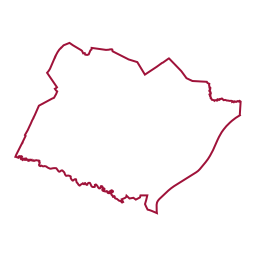 Dobeles pag., Dobele, Latvia
{"feature_id": "27541924B40989782476416", "entity_name": "Dobeles pag.", "entity_type": "district", "adm_level": 2, "iso_a3": "LVA", "parent_name": "Latvia", "parent_adm1": "Dobele", "projection": "albers", "projection_center": [23.259, 56.68], "detail": "fine", "context": "isolated", "style": "outline", "palette": "rose", "viewbox_px": 256, "rotation_deg": 0, "n_neighbors": 0, "source": "geoboundaries", "source_scale": "gbopen_adm2", "svg_char_len": 5523}
<svg xmlns="http://www.w3.org/2000/svg" viewBox="0 0 256 256"><path d="M169.0,58.4L168.8,58.4L162.9,62.6L161.9,63.0L156.7,66.8L144.9,74.6L137.3,62.1L128.5,59.4L127.6,58.9L112.6,51.3L112.3,49.7L111.5,49.5L111.5,49.3L109.9,49.4L108.8,49.7L106.0,49.9L91.6,47.9L91.5,49.5L90.4,50.4L88.7,54.4L87.3,54.9L86.2,54.8L85.2,54.6L84.7,53.1L83.2,53.4L82.1,51.0L81.2,50.2L73.0,45.3L69.5,42.9L63.6,45.3L61.0,48.0L60.9,47.9L60.1,48.8L59.3,49.6L57.6,52.1L55.7,55.6L55.8,55.6L55.0,57.5L54.9,57.4L50.0,68.8L48.6,71.0L47.1,72.8L57.0,87.3L56.2,88.0L54.9,88.8L56.1,90.5L57.2,91.4L56.1,94.1L54.0,97.8L52.1,98.6L38.9,105.7L34.7,115.3L33.5,117.6L33.6,117.8L32.2,120.3L31.3,122.4L30.2,124.9L30.1,125.0L27.7,130.2L24.9,135.1L25.6,135.9L22.2,142.9L22.4,143.0L22.0,143.6L21.9,143.5L16.2,154.8L15.4,156.8L16.4,157.0L17.5,157.5L17.9,157.3L18.3,157.6L18.6,157.1L18.6,156.5L18.8,156.4L18.9,156.5L19.1,156.9L19.5,156.2L19.8,156.1L20.1,156.2L20.1,156.6L20.6,156.8L20.9,156.7L21.2,156.3L21.3,156.2L21.8,156.4L22.0,156.6L21.9,156.8L21.0,157.0L20.7,157.4L20.8,158.1L21.0,158.5L20.9,159.0L21.2,159.3L22.3,159.5L22.7,160.0L23.0,159.8L23.1,159.5L22.8,159.1L22.8,158.7L23.9,158.7L24.4,159.4L24.4,159.7L24.6,159.8L24.9,159.9L25.0,159.9L25.0,159.7L24.8,158.9L24.8,158.7L25.0,158.6L25.6,158.5L25.6,158.9L25.7,159.0L26.2,158.9L26.4,159.7L26.6,159.9L27.1,159.9L27.1,159.7L26.7,159.5L26.8,159.3L27.6,159.5L28.0,159.6L28.1,159.8L28.5,160.1L28.5,160.8L29.4,160.6L29.7,159.8L30.0,159.6L30.4,159.7L30.6,159.9L31.0,160.0L30.9,160.2L31.1,160.3L31.7,159.9L31.9,160.4L32.3,160.5L32.9,160.7L33.4,160.3L33.6,160.3L33.7,160.7L33.8,160.8L34.6,160.8L35.4,160.4L36.2,160.2L38.2,160.6L38.8,160.5L39.4,160.8L39.5,161.1L39.1,161.7L39.1,162.0L39.7,162.6L39.5,163.6L39.1,164.5L39.0,164.9L39.3,165.6L40.0,166.0L40.4,166.1L41.0,165.6L41.3,165.6L42.8,166.3L43.7,166.3L44.7,166.1L45.5,166.3L46.5,166.6L47.1,167.2L48.3,167.9L49.9,168.6L50.8,168.7L52.6,168.3L54.3,168.1L56.1,168.2L56.5,168.5L58.3,171.0L59.0,171.6L59.3,171.7L60.1,171.4L61.3,170.5L62.1,170.4L62.5,170.6L64.1,172.2L64.5,172.9L65.0,174.5L66.1,175.8L66.6,175.8L67.6,175.6L68.7,175.6L70.1,176.1L70.7,176.5L70.7,178.0L70.8,178.2L71.0,178.6L71.7,179.7L72.5,180.5L72.9,180.6L73.9,179.8L74.8,179.3L75.3,179.5L75.8,179.2L76.0,179.3L76.1,179.5L76.1,180.2L76.7,182.4L77.7,183.4L78.4,184.6L79.4,185.5L79.8,185.5L80.8,184.6L82.2,183.8L82.8,183.3L83.4,183.6L83.6,184.1L84.1,184.2L84.4,184.0L84.6,183.4L84.8,183.2L85.1,183.1L86.0,184.3L86.5,184.8L87.2,184.7L87.3,184.7L87.5,183.9L87.8,183.4L88.9,182.8L89.8,182.9L90.1,183.2L91.5,186.2L92.2,186.8L92.8,187.0L94.3,187.0L94.8,186.8L94.9,186.5L94.9,185.2L94.9,184.9L95.1,184.8L95.8,184.5L96.1,184.6L96.6,185.1L97.5,186.2L98.2,187.5L98.6,187.9L99.0,188.3L99.4,188.4L100.0,188.3L100.2,188.1L100.6,187.5L100.7,186.6L100.9,186.2L101.3,186.1L102.3,186.4L102.5,186.8L102.3,187.5L104.3,188.6L104.5,188.9L104.4,189.4L104.2,189.7L103.9,189.8L103.5,189.7L102.9,189.4L102.5,189.4L102.3,189.5L102.3,189.9L102.5,190.4L103.3,191.0L103.8,191.1L104.3,191.0L104.8,191.4L105.5,191.5L106.3,191.1L106.7,191.1L107.2,191.3L107.5,191.5L107.6,191.8L107.4,192.4L107.6,192.7L108.2,193.1L109.1,193.2L109.6,193.1L109.8,192.8L109.8,192.5L109.6,191.8L109.6,191.5L110.1,191.1L110.8,190.8L111.4,190.3L111.8,190.3L112.9,191.1L113.0,191.5L112.7,192.0L112.0,192.1L111.8,192.3L111.2,193.6L111.2,194.0L111.7,195.0L112.3,195.3L112.6,195.6L112.7,196.4L113.0,196.9L113.4,196.9L114.0,196.3L114.4,196.2L114.7,196.6L114.7,197.2L114.9,197.9L115.3,198.4L116.9,198.9L119.1,200.7L120.3,201.0L121.9,200.9L122.0,201.2L121.9,201.4L121.6,201.8L121.5,202.0L121.8,202.4L122.2,202.5L123.1,202.0L121.7,199.3L124.9,198.0L126.1,197.1L126.5,196.7L126.3,196.5L126.5,195.7L129.5,198.5L133.4,197.8L135.8,199.6L140.0,197.4L140.5,195.4L147.3,195.4L146.2,200.0L145.0,204.1L146.1,206.6L147.6,209.6L149.5,210.1L151.5,210.8L156.9,213.1L156.7,211.6L156.6,204.9L157.0,202.6L157.6,201.3L158.6,199.9L159.5,198.9L168.3,190.6L171.2,188.2L174.0,186.2L196.2,172.3L198.1,170.9L199.8,169.2L205.6,162.2L208.0,159.0L210.0,155.8L213.0,150.2L217.6,139.8L219.0,136.9L221.6,132.3L223.6,129.5L226.4,126.1L229.8,122.7L231.8,120.9L235.7,117.9L240.0,115.2L239.8,114.8L240.6,102.0L240.0,102.1L239.8,101.8L239.9,101.6L239.9,101.1L239.8,100.9L239.5,100.8L239.0,101.2L238.4,101.5L238.2,101.4L238.0,101.1L237.3,101.1L236.7,101.7L236.3,101.9L235.8,101.9L235.5,101.6L235.1,101.6L234.6,101.3L234.3,101.3L234.0,102.1L233.9,102.2L233.6,101.9L233.3,101.7L232.5,101.9L232.7,101.4L232.5,101.2L232.1,101.0L231.1,100.8L229.6,100.9L227.7,100.5L226.7,100.5L226.1,100.2L225.0,99.9L223.7,100.2L223.4,100.0L222.4,98.8L221.9,98.5L221.2,98.7L221.0,99.0L220.7,99.1L219.9,99.0L219.6,99.5L219.1,99.4L218.8,99.4L218.8,99.5L218.9,99.9L218.7,99.9L218.4,99.7L217.9,99.9L217.5,99.7L217.4,99.4L217.2,99.5L217.1,99.8L216.8,100.0L216.5,100.3L216.6,100.5L216.2,100.5L215.9,100.2L214.8,100.2L214.5,100.4L214.3,100.7L213.9,100.3L212.8,99.9L212.2,99.9L211.8,99.7L211.6,99.4L211.3,98.5L210.7,98.2L210.7,97.9L210.8,97.7L210.7,97.5L210.8,97.2L210.7,97.1L210.1,96.3L210.4,95.6L210.4,95.1L210.1,94.8L209.7,95.0L209.6,94.8L209.7,94.6L209.5,94.3L209.6,94.2L209.8,94.1L210.5,94.2L210.6,93.8L210.6,93.5L210.8,93.4L210.8,93.0L210.7,92.8L210.6,92.5L210.1,92.1L210.2,91.9L209.9,91.5L210.1,91.2L209.9,91.0L209.7,91.0L209.5,90.9L209.7,90.6L209.5,90.4L209.8,90.0L209.8,89.5L210.1,89.4L210.3,88.9L210.2,88.5L210.3,88.1L210.0,88.0L210.2,87.7L209.9,87.3L209.5,87.4L209.4,87.3L209.3,86.1L209.1,85.3L209.1,84.9L209.3,83.8L207.5,83.0L206.8,81.8L192.4,81.0L186.5,78.2L181.3,71.1L169.0,58.4Z" fill="none" stroke="#9f1239" stroke-width="2"/></svg>